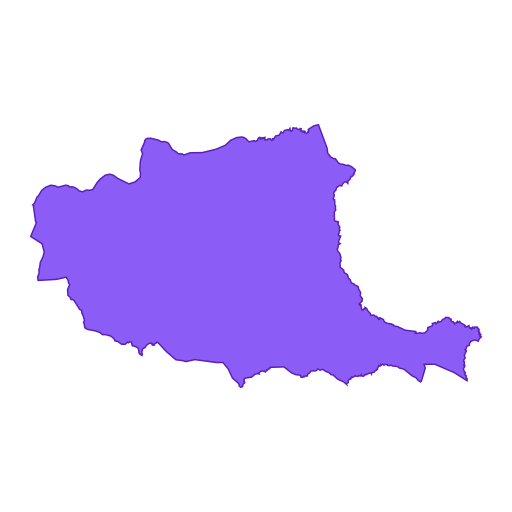 the district of East Mamprusi, Northern, Ghana
{"feature_id": "2480657B84792930556748", "entity_name": "East Mamprusi", "entity_type": "district", "adm_level": 2, "iso_a3": "GHA", "parent_name": "Ghana", "parent_adm1": "Northern", "projection": "orthographic", "projection_center": [-0.286, 10.453], "detail": "fine", "context": "isolated", "style": "filled", "palette": "violet", "viewbox_px": 512, "rotation_deg": 0, "n_neighbors": 0, "source": "geoboundaries", "source_scale": "gbopen_adm2", "svg_char_len": 6075}
<svg xmlns="http://www.w3.org/2000/svg" viewBox="0 0 512 512"><path d="M478.3,341.2L479.2,338.8L481.3,336.9L480.4,336.3L480.5,335.5L479.9,335.7L480.2,335.0L479.6,334.6L480.4,334.2L479.1,333.5L479.6,332.6L478.9,332.4L478.5,331.1L479.1,330.9L478.4,330.0L479.0,329.2L478.0,328.7L477.4,327.1L474.5,327.1L474.2,328.3L472.9,327.8L472.2,328.5L472.4,327.4L471.2,328.4L470.7,327.8L470.0,328.3L469.3,327.6L468.9,325.6L465.8,327.1L464.9,326.5L465.2,325.7L464.6,325.0L460.8,323.0L459.7,321.4L458.1,322.6L457.4,321.4L455.9,323.3L454.6,323.0L454.4,323.7L453.1,321.7L451.7,321.6L451.1,320.9L451.2,319.3L449.3,318.4L449.0,317.6L445.6,317.4L444.5,318.7L442.5,319.6L441.1,321.5L439.1,322.0L438.2,321.2L436.2,323.9L435.4,322.6L432.3,323.5L432.6,324.6L432.0,326.0L427.8,327.5L427.5,330.4L424.8,332.9L421.4,333.3L420.2,332.7L416.9,333.4L415.4,333.2L416.1,332.5L415.8,331.5L405.1,330.2L397.8,326.7L393.9,325.9L393.5,324.8L392.0,324.8L391.8,324.0L386.9,323.3L384.1,321.5L383.5,319.6L380.3,317.9L379.3,317.9L379.5,319.0L378.8,319.5L376.6,316.3L375.8,316.6L373.7,315.0L370.9,315.4L370.4,313.6L367.8,310.8L366.6,308.4L365.0,307.4L365.0,308.8L363.9,308.8L363.5,309.9L361.8,309.8L361.0,305.3L360.0,305.1L360.6,304.5L359.1,303.9L362.0,301.3L362.4,298.6L360.1,295.8L360.7,292.8L358.6,289.0L358.1,286.5L354.5,284.8L353.7,283.7L351.3,282.9L350.1,279.5L348.6,278.4L347.4,274.6L344.1,272.5L343.7,270.1L340.2,267.3L340.0,262.8L341.1,260.5L340.4,258.9L340.9,258.3L340.8,256.7L339.6,253.2L337.9,251.5L337.2,248.7L338.0,247.6L338.3,244.7L340.2,243.7L338.7,242.6L338.5,241.5L340.7,236.1L338.7,235.6L338.3,234.1L338.9,233.7L339.4,230.8L340.0,230.5L339.3,228.4L339.8,227.1L338.2,224.6L338.3,221.7L335.3,221.2L334.5,220.5L334.3,212.2L335.8,209.7L335.3,208.3L335.6,206.3L334.9,205.0L334.6,199.8L333.6,199.7L333.3,199.0L334.3,195.3L333.7,193.7L334.0,192.1L335.9,190.1L336.5,187.8L339.4,185.5L341.8,185.9L342.5,184.0L344.3,182.1L346.2,181.8L347.8,183.4L348.0,180.8L350.0,179.3L350.9,176.9L352.4,176.2L354.2,174.0L353.8,173.2L355.2,171.0L355.2,169.7L351.4,166.6L348.1,165.1L345.9,165.5L343.6,164.4L340.0,164.0L337.9,162.3L335.4,158.7L333.7,158.6L330.1,156.8L330.0,155.8L327.8,153.4L327.0,147.9L318.4,124.7L313.9,125.8L308.3,129.4L308.6,130.5L307.9,131.4L308.5,132.1L306.6,133.2L305.0,132.9L305.1,131.4L304.1,131.1L303.9,131.9L302.4,132.0L302.5,131.0L301.0,130.9L301.1,128.7L300.2,128.5L299.7,129.6L297.2,129.1L296.5,128.0L295.1,128.3L293.6,127.8L292.7,128.1L292.5,130.3L291.3,131.3L290.3,130.5L289.9,128.4L288.8,130.2L287.5,129.6L284.4,130.5L283.0,132.9L281.9,132.7L281.1,131.8L279.3,135.1L275.5,136.0L274.2,138.6L272.6,138.6L272.9,139.8L271.5,140.4L270.2,138.7L267.6,139.1L267.4,139.9L265.0,139.9L264.9,137.4L262.6,138.6L262.8,137.7L262.2,137.8L260.5,138.8L260.5,137.6L259.8,137.3L258.0,138.5L257.7,140.3L254.9,141.5L254.2,140.6L248.9,141.8L245.9,138.7L243.7,137.4L241.6,137.0L236.7,137.6L230.8,140.2L225.3,145.3L216.1,149.2L202.3,152.6L190.0,152.8L184.0,155.0L182.1,153.9L178.3,153.8L176.2,151.8L172.3,149.6L168.5,143.3L167.4,142.5L164.8,141.6L161.1,141.7L158.4,140.1L150.6,138.2L147.4,138.4L146.1,138.8L144.6,140.8L144.8,141.7L141.1,150.0L142.6,153.6L140.4,160.9L139.8,169.9L140.5,173.2L140.3,177.4L135.1,181.9L128.9,183.9L117.7,178.4L113.2,175.1L109.5,174.2L105.2,175.2L100.2,179.1L97.3,182.3L92.7,189.6L89.7,190.3L86.4,190.0L82.7,191.8L78.8,190.8L77.5,189.2L74.6,187.5L72.4,186.8L69.7,186.9L67.9,185.5L65.6,185.2L57.7,187.3L55.8,186.0L50.9,185.2L46.2,187.0L41.9,190.1L38.6,195.6L37.0,197.1L34.5,203.2L32.7,204.9L33.3,205.2L35.6,221.6L36.4,222.6L30.7,236.5L42.0,243.7L44.2,251.8L43.1,256.6L40.3,262.3L39.6,268.0L38.9,269.3L39.1,273.1L37.6,277.0L38.1,280.4L56.2,279.4L66.3,277.2L68.3,280.9L68.6,283.2L69.7,284.5L67.6,289.5L67.9,295.3L70.4,297.5L70.5,298.7L71.3,299.7L72.7,299.4L74.3,300.9L79.6,309.3L81.7,310.5L81.8,313.2L82.5,313.9L84.5,320.3L83.5,322.6L84.2,323.7L84.8,327.8L87.5,329.4L94.6,330.7L99.7,332.4L102.5,334.6L105.9,334.7L110.8,336.1L113.9,338.6L115.1,341.0L117.7,341.4L121.5,344.2L125.2,344.3L127.5,342.1L128.3,342.8L129.4,342.0L131.3,342.0L132.4,345.9L133.9,345.9L137.7,347.7L138.4,348.8L139.2,353.6L141.9,355.5L142.4,354.4L141.7,352.3L142.8,348.6L145.0,347.6L146.6,345.1L149.7,343.1L152.1,343.4L151.9,344.6L153.4,345.4L154.3,345.0L154.1,344.1L156.0,343.2L156.7,342.1L158.3,342.9L166.4,351.6L176.0,359.8L182.0,360.5L186.0,361.6L194.8,359.6L217.0,362.6L222.9,362.4L228.2,368.9L232.5,378.1L238.0,382.9L239.2,384.5L239.2,386.0L240.8,387.3L242.7,386.5L242.9,384.3L244.6,382.9L244.8,382.3L243.9,381.3L244.3,380.2L243.9,379.2L245.3,378.1L251.5,377.2L254.8,374.4L257.1,373.6L259.1,374.0L258.6,373.2L260.6,371.4L262.5,370.9L265.2,371.8L265.2,371.2L266.7,370.9L266.9,369.9L267.6,370.0L269.2,368.4L269.7,368.7L270.4,367.3L274.3,367.2L284.0,366.9L291.6,372.9L296.0,374.7L300.1,375.1L300.9,376.0L300.7,376.9L301.6,377.3L302.9,377.2L303.5,376.4L304.3,376.8L304.7,376.1L307.3,376.0L307.7,374.1L309.6,372.9L310.9,371.0L315.9,370.8L317.9,369.0L320.1,370.2L322.7,369.3L325.7,371.4L329.3,372.8L330.8,374.5L333.1,375.0L337.9,379.3L343.7,381.9L346.6,384.4L346.4,383.8L348.2,382.6L348.2,381.0L349.3,379.2L350.4,379.1L350.1,378.6L351.7,377.8L351.7,377.0L353.0,377.3L355.3,375.6L356.0,376.3L357.9,376.3L358.9,375.6L360.0,376.1L361.1,374.7L361.2,375.7L362.9,376.3L363.9,376.0L364.5,374.8L365.7,374.9L365.9,374.2L366.8,374.4L369.3,373.2L371.0,373.0L371.5,374.0L371.8,372.5L374.1,372.3L375.0,370.9L376.4,370.3L376.4,369.6L377.5,369.2L377.7,367.7L379.0,365.5L379.8,366.2L380.9,365.5L380.9,364.6L381.5,365.0L382.8,364.2L383.9,365.1L385.2,364.4L387.4,364.7L387.6,365.4L388.7,365.6L391.5,365.3L392.6,366.0L395.9,366.3L398.2,366.9L399.5,368.1L403.8,369.1L412.2,375.9L416.4,378.0L418.0,380.3L420.5,381.9L421.3,381.3L425.3,368.0L424.1,364.3L434.7,364.2L454.3,372.6L467.0,380.7L467.2,378.8L466.3,378.1L466.1,375.5L464.7,374.6L465.4,372.5L464.2,371.5L463.4,368.3L464.7,366.8L464.0,365.6L464.7,365.4L464.2,364.6L464.4,362.0L463.7,361.3L464.0,359.5L465.2,358.0L464.3,355.2L466.4,351.0L465.0,349.7L465.9,349.2L466.8,346.2L469.3,345.4L469.5,343.5L470.9,341.2L475.0,339.9L478.3,341.2Z" fill="#8b5cf6" stroke="#5b21b6" stroke-width="1.5"/></svg>